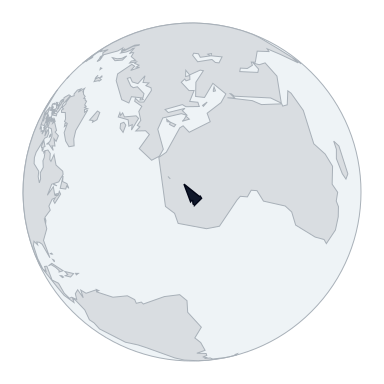 Hodh ech Chargui on an orthographic globe, rotated 315°
{"feature_id": "MRT-2796", "entity_name": "Hodh ech Chargui", "entity_type": "Region", "adm_level": 1, "iso_a3": "MRT", "parent_name": "Mauritania", "parent_adm1": "", "projection": "orthographic", "projection_center": [-6.332, 19.309], "detail": "fine", "context": "on_globe", "style": "filled", "palette": "ink", "viewbox_px": 384, "rotation_deg": 315, "n_neighbors": 0, "source": "natural_earth", "source_scale": "10m", "svg_char_len": 10124}
<svg xmlns="http://www.w3.org/2000/svg" viewBox="0 0 384 384"><g transform="rotate(315 192 192)"><circle cx="192" cy="192" r="169" fill="#eef3f6" stroke="#a8b0b8"/><path d="M169.4,24.6L165.2,25.4L145.5,30.3L144.0,31.9L128.6,40.1L131.8,39.3L128.0,42.6L130.3,43.1L126.8,45.0L131.7,43.8L134.5,42.0L137.5,41.0L139.2,41.3L134.9,43.6L133.5,43.8L133.1,44.6L130.3,45.7L132.6,45.3L127.3,48.4L134.9,45.9L132.7,48.8L128.5,50.7L125.9,49.8L109.9,53.7L104.9,56.2L100.4,60.3L98.3,68.9L94.1,72.4L90.5,77.6L94.2,75.7L98.3,71.1L104.3,69.4L108.7,64.5L111.8,63.2L117.4,58.9L119.8,60.5L119.0,64.6L114.4,68.5L113.9,70.6L120.9,68.0L114.9,76.8L115.3,85.9L113.3,88.4L104.9,90.6L98.3,87.3L87.4,92.0L97.7,90.2L92.7,97.2L93.3,99.1L95.4,99.7L98.6,97.7L97.6,100.6L87.0,103.0L87.8,100.3L91.1,99.4L88.0,98.2L80.8,100.8L78.9,104.6L70.1,105.9L68.6,108.8L65.9,111.1L68.9,106.1L63.3,115.3L52.8,121.2L45.0,138.0L49.1,123.0L48.5,119.6L46.9,117.6L45.5,120.2L45.4,115.1L42.0,117.8L35.9,129.7L32.1,140.9L32.7,144.9L35.1,140.4L36.9,141.8L30.8,155.3L33.1,162.1L30.1,173.2L30.2,180.5L32.5,181.3L34.5,186.5L37.6,181.4L42.0,180.3L40.3,189.9L44.0,182.7L45.5,188.7L55.1,193.4L53.9,195.2L61.7,210.5L72.9,219.7L75.4,227.6L73.9,231.3L78.3,234.0L78.4,236.8L98.5,246.4L110.7,255.9L111.6,265.3L103.9,274.0L103.0,294.2L90.8,297.2L91.7,304.6L89.3,313.2L81.4,309.4L87.8,316.2L86.9,318.0L82.9,316.3L85.8,320.0L83.1,318.6L87.5,322.2L88.6,324.8L94.7,329.6L96.9,331.6L101.0,334.4L99.9,333.6L85.4,323.0L85.2,322.9L84.9,322.7L82.4,320.6L77.6,316.0L77.8,316.5L67.8,305.5L62.6,297.3L49.3,269.1L45.7,262.0L38.7,251.1L29.8,223.5L30.2,215.3L29.1,209.8L32.8,199.6L33.1,186.1L32.2,183.2L30.4,186.7L28.5,174.7L29.5,163.7L32.5,136.3L37.0,124.7L42.4,113.5L48.5,102.8L55.4,92.5L63.1,82.8L71.5,73.6L80.5,65.1L90.1,57.3L100.2,50.1L110.9,43.8L121.9,38.2L133.4,33.5L145.2,29.7L157.2,26.7L169.4,24.6ZM42.4,143.3L45.2,156.5L41.4,154.6L42.5,153.6L42.3,149.0L41.0,143.6L38.3,142.7L42.4,143.3ZM48.7,136.5L48.0,135.0L49.0,135.8L48.7,136.5ZM115.8,58.4L116.6,58.7L115.1,59.3L115.8,58.4ZM117.5,56.4L115.2,57.0L115.7,56.1L117.1,55.8L117.5,56.4ZM120.2,55.9L116.8,54.6L117.7,53.2L123.7,50.8L120.2,55.9ZM134.6,41.4L131.8,43.3L132.7,41.6L134.6,41.4ZM134.5,40.6L132.9,37.6L137.9,35.3L137.5,36.6L142.8,33.8L146.1,34.1L143.9,35.7L139.9,37.0L144.2,36.2L134.5,40.6ZM184.6,23.2L186.0,23.2L183.7,23.3L184.6,23.2ZM138.8,40.5L138.1,40.0L142.4,37.9L144.8,38.6L142.6,39.0L138.8,40.5ZM142.6,33.1L146.3,31.9L149.9,31.7L151.8,31.3L146.6,33.9L142.6,33.1ZM142.4,39.6L145.8,39.1L145.3,40.4L139.9,40.9L142.4,39.6ZM142.5,37.1L144.7,36.2L144.3,36.9L142.5,37.1ZM145.1,45.3L144.1,44.4L146.3,43.2L145.1,45.3ZM147.1,38.8L147.3,38.4L148.1,37.9L150.1,37.9L147.1,38.8ZM149.5,33.7L150.3,34.0L151.9,32.6L154.7,32.7L150.7,34.6L153.6,33.8L154.4,33.8L150.2,35.4L149.5,33.7ZM154.5,36.4L150.3,39.3L151.8,41.1L149.9,42.2L147.9,39.1L154.5,36.4ZM152.3,35.6L153.2,36.3L150.4,37.1L148.1,37.2L152.3,35.6ZM158.0,32.2L154.7,31.6L155.7,31.2L158.0,32.2ZM155.4,36.8L156.4,36.1L155.9,36.8L155.4,36.8ZM157.8,33.3L156.5,33.1L157.7,32.7L157.8,33.3ZM159.4,35.1L158.1,35.9L156.4,35.9L159.4,35.1ZM159.1,34.1L161.0,33.7L156.7,35.4L158.4,34.1L159.1,34.1ZM159.1,33.0L159.4,32.7L159.5,33.1L159.1,33.0ZM166.4,35.0L161.3,37.2L157.7,37.0L163.1,34.8L166.4,35.0ZM101.3,334.6L101.2,334.5L108.6,338.9L108.3,338.8L101.3,334.6ZM106.6,337.3L108.1,337.6L109.9,338.5L109.2,338.6L106.6,337.3ZM346.9,124.6L346.4,123.4L348.9,130.6L354.2,151.5L357.8,167.0L358.4,175.8L351.9,157.5L346.4,143.9L345.7,147.1L337.7,138.5L328.5,145.0L325.8,142.0L324.3,145.1L318.5,143.8L313.8,138.6L310.9,140.6L323.1,154.0L326.0,152.1L326.5,144.1L329.5,149.5L335.0,152.4L334.0,170.1L318.0,192.3L314.1,181.1L289.7,154.2L289.2,150.4L289.0,150.0L288.5,149.4L288.7,155.8L283.7,150.4L299.2,170.0L302.9,179.3L317.8,193.1L316.9,195.4L321.0,197.7L331.3,188.2L331.9,192.2L328.4,213.0L312.2,244.0L313.0,259.3L309.6,273.2L296.6,285.6L294.8,295.2L287.6,300.4L285.2,305.9L277.8,313.0L266.5,320.3L250.5,323.5L251.8,319.0L247.2,310.9L241.9,288.7L248.4,276.6L248.0,267.8L236.1,249.0L238.9,237.0L235.1,232.6L227.7,234.6L223.1,229.2L218.3,229.5L187.2,235.6L176.3,228.2L160.0,204.4L164.6,194.8L163.0,183.5L193.0,144.1L202.0,145.7L228.7,138.0L232.5,138.9L232.3,147.8L254.6,155.2L258.4,147.0L275.7,149.3L285.3,146.6L283.6,129.9L267.7,134.0L262.1,127.0L272.4,117.1L285.8,114.3L284.0,111.6L273.1,107.5L273.7,101.5L269.1,105.8L272.8,108.0L270.0,111.0L266.4,109.2L266.8,107.0L262.0,106.8L261.6,118.2L265.3,121.7L254.4,126.3L259.6,132.7L257.6,136.7L248.0,127.4L247.0,123.4L231.3,114.6L231.4,119.0L246.2,127.9L242.7,127.6L242.8,134.6L239.9,129.1L223.7,119.0L212.2,123.4L201.9,141.5L194.3,143.6L185.9,141.0L185.4,124.0L202.5,121.2L202.5,115.9L195.4,109.1L201.2,109.1L200.4,106.2L206.5,105.1L211.4,97.4L217.1,95.9L215.6,87.4L218.2,85.7L218.4,91.1L221.5,94.3L235.1,91.5L236.7,89.3L234.6,84.2L238.6,84.4L234.8,79.9L241.0,76.6L230.4,77.1L227.6,72.0L229.4,67.4L226.6,65.9L223.7,73.6L224.2,76.7L227.8,79.0L227.6,88.5L223.7,90.8L216.6,81.8L210.3,84.4L207.6,77.0L217.1,59.7L222.9,55.9L239.7,59.2L240.4,62.5L234.6,62.7L243.1,66.8L240.9,64.3L244.2,64.8L242.4,60.6L244.7,60.7L239.1,56.7L241.7,56.5L245.2,59.0L244.8,53.3L249.2,52.2L248.1,50.9L245.5,49.9L252.8,49.5L251.6,48.6L248.8,48.3L244.5,46.5L239.9,43.3L242.7,43.4L244.7,44.5L253.2,47.3L258.3,50.8L258.9,50.5L255.2,47.6L244.8,44.1L241.3,42.2L246.1,43.4L244.1,42.8L243.2,41.9L244.9,41.2L239.5,39.9L225.7,32.0L227.6,30.5L233.5,32.0L226.8,28.2L229.5,27.8L226.8,27.4L221.8,26.1L220.9,26.1L219.3,25.8L206.0,23.6L205.6,23.6L217.6,25.0L229.6,27.3L241.4,30.4L252.8,34.4L264.0,39.2L274.8,44.7L285.2,51.1L295.1,58.2L304.5,65.9L313.3,74.3L321.4,83.4L328.9,93.0L335.7,103.1L341.7,113.6L346.9,124.6ZM186.0,164.0L185.9,167.4L186.0,164.0ZM302.4,119.8L308.8,117.7L301.8,109.2L303.7,107.9L300.6,105.7L301.2,108.7L293.1,102.6L294.3,98.8L291.4,95.1L289.1,95.7L288.1,103.9L299.8,112.4L300.1,116.9L302.4,119.8ZM55.5,193.4L56.4,195.9L54.7,195.1L55.5,193.4ZM39.7,158.0L40.8,159.3L41.0,161.3L39.9,161.0L39.7,158.0ZM52.2,167.2L54.1,169.2L51.6,168.8L52.2,167.2ZM45.9,158.3L50.6,166.0L46.0,166.2L43.2,161.6L45.8,162.5L45.9,158.3ZM45.8,141.3L46.3,142.7L45.3,144.2L45.8,141.3ZM49.4,137.2L49.1,137.0L49.3,135.3L49.4,137.2ZM93.4,97.1L94.2,97.0L95.8,98.1L94.0,98.8L93.4,97.1ZM109.5,97.6L107.5,102.3L107.7,99.1L104.8,100.6L101.4,96.2L112.2,89.5L107.9,93.1L109.5,97.6ZM100.0,89.1L100.9,92.2L99.5,89.1L100.0,89.1ZM189.9,93.1L193.1,94.5L192.5,97.9L185.4,101.1L186.2,96.1L189.9,93.1ZM197.9,95.8L192.9,86.8L197.1,84.9L195.6,87.4L198.9,87.0L197.3,91.1L206.3,98.6L206.3,102.2L193.0,105.4L197.4,102.1L193.9,100.8L197.9,95.8ZM172.6,71.5L170.4,68.7L182.4,67.9L183.0,70.6L175.9,73.7L171.0,72.3L172.6,71.5ZM131.5,52.5L130.0,52.3L131.1,51.6L133.4,51.1L131.5,52.5ZM144.5,45.0L139.7,52.7L137.6,52.8L137.3,57.8L131.7,60.1L132.1,56.7L127.6,62.6L125.7,60.4L123.3,64.5L124.8,56.6L122.9,55.3L127.1,55.8L132.2,53.6L133.9,52.2L137.3,47.7L135.9,44.3L140.7,42.0L144.6,41.3L145.7,41.7L142.1,43.0L146.1,42.7L141.9,44.9L144.5,45.0ZM186.6,40.7L182.1,40.9L189.4,42.8L185.2,44.1L186.3,44.3L184.4,46.2L184.0,48.9L181.7,49.3L182.5,50.3L181.3,51.7L181.7,53.2L177.6,54.6L177.8,56.6L175.8,56.2L177.1,59.4L174.3,57.6L172.4,59.7L176.2,60.3L153.3,66.3L145.9,70.9L141.3,76.0L137.0,73.0L138.7,66.6L143.6,59.6L151.3,55.9L148.0,55.5L150.7,53.7L152.2,54.8L151.6,52.1L154.2,51.0L158.6,46.2L156.0,43.5L157.6,41.9L159.9,42.4L159.8,40.5L165.2,40.5L166.5,39.5L173.1,38.6L176.8,40.6L177.9,39.3L183.0,38.9L186.6,40.7ZM168.3,34.8L173.7,36.3L174.1,37.9L162.5,38.7L160.6,39.7L153.2,40.8L152.8,38.5L154.9,38.4L156.9,37.7L156.3,38.7L158.3,37.5L161.4,37.3L163.8,36.4L164.9,37.1L168.3,34.8ZM235.1,135.1L237.7,135.1L241.4,134.1L241.6,138.6L235.1,135.1ZM223.9,128.3L226.1,127.4L228.1,132.9L225.4,133.2L223.9,128.3ZM225.5,122.6L226.0,127.0L224.1,124.7L225.5,122.6ZM220.2,90.2L222.2,89.1L223.1,90.2L222.8,92.3L220.2,90.2ZM207.3,48.4L204.7,47.9L204.9,47.3L200.8,44.7L203.6,43.8L207.1,45.0L207.3,48.4ZM281.9,133.3L280.1,137.1L278.2,136.0L279.2,134.9L281.9,133.3ZM260.7,138.2L266.4,139.1L260.6,139.5L260.7,138.2ZM209.7,47.0L207.7,46.0L210.3,46.2L209.7,47.0ZM205.4,43.0L208.2,43.0L203.4,43.4L205.4,43.0ZM328.4,263.4L315.0,289.4L310.0,291.7L311.2,285.4L317.7,270.5L324.3,263.9L328.2,256.2L328.4,263.4ZM358.2,168.2L359.8,176.0L359.8,178.6L358.2,168.2ZM230.7,40.7L233.3,44.9L237.1,48.0L242.1,49.6L236.1,49.5L230.4,44.7L230.7,40.7ZM226.0,32.9L221.6,32.0L222.7,31.6L223.9,31.7L226.0,32.9ZM224.0,33.0L220.1,33.6L217.1,32.6L220.7,32.3L224.0,33.0ZM215.1,39.4L215.7,40.7L213.5,40.4L215.1,39.4ZM187.2,23.1L186.1,23.2L185.9,23.2L187.2,23.1ZM218.9,25.9L216.6,25.6L216.4,25.4L218.9,25.9ZM210.2,24.7L212.0,25.2L208.9,24.7L210.2,24.7ZM216.2,26.4L212.2,25.3L217.7,26.4L216.2,26.4Z" fill="#d9dde1" stroke="#a8b0b8" stroke-width="1"/><path d="M191.9,180.8L191.9,181.0L192.0,181.4L192.0,181.7L192.0,182.1L192.1,182.5L192.1,182.8L192.2,183.2L192.2,183.5L192.2,183.9L192.3,184.2L192.3,184.6L192.3,184.9L192.4,185.3L192.4,185.7L192.5,186.0L192.5,186.4L192.5,186.7L192.6,187.1L192.6,187.6L192.7,188.0L192.7,188.5L192.8,188.9L192.8,189.2L192.9,189.6L192.9,190.0L192.9,190.3L193.0,190.7L193.0,191.1L193.1,191.4L193.1,191.9L193.1,192.0L193.2,192.4L193.2,192.5L193.2,192.8L193.2,193.1L193.3,193.4L193.3,193.6L193.3,193.9L193.4,194.2L193.4,194.5L193.4,195.0L193.5,195.3L193.5,195.5L193.5,195.8L193.6,196.1L193.6,196.4L193.6,196.6L193.6,196.9L193.7,197.2L193.7,197.4L193.7,197.7L193.8,197.9L193.8,198.2L193.8,198.5L193.9,199.0L193.9,199.3L193.9,199.5L194.0,199.8L194.0,200.1L194.1,200.3L194.3,200.4L194.4,200.5L194.5,200.6L194.7,200.8L194.8,200.8L194.7,201.2L194.7,201.5L194.6,202.0L194.5,202.3L194.4,202.6L194.4,202.9L194.3,203.2L193.9,203.2L193.5,203.2L193.3,203.2L193.1,203.2L192.9,203.2L192.7,203.2L192.3,203.2L192.0,203.2L191.9,203.2L191.5,203.2L191.0,203.2L190.6,203.2L190.1,203.2L189.6,203.2L189.1,203.2L188.6,203.2L188.1,203.2L187.7,203.2L187.2,203.2L186.8,203.2L186.3,203.2L185.9,203.2L185.5,203.2L185.3,203.2L185.1,203.2L184.9,203.2L184.7,203.2L184.4,203.2L184.5,203.1L184.5,202.1L184.4,201.8L184.3,201.5L184.8,200.8L184.8,200.5L185.2,200.1L185.3,199.9L185.8,199.4L186.5,198.7L186.0,198.2L185.6,197.7L184.1,197.9L187.4,190.7L191.9,180.8L191.9,180.8Z" fill="#0f172a" stroke="#020617" stroke-width="1.5"/></g></svg>